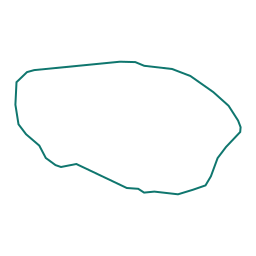 Onou, Federated States of Micronesia
{"feature_id": "79324940B32817940895565", "entity_name": "Onou", "entity_type": "district", "adm_level": 2, "iso_a3": "FSM", "parent_name": "Federated States of Micronesia", "parent_adm1": "", "projection": "robinson", "projection_center": [150.292, 8.798], "detail": "fine", "context": "isolated", "style": "outline", "palette": "teal", "viewbox_px": 256, "rotation_deg": 0, "n_neighbors": 0, "source": "geoboundaries", "source_scale": "gbopen_adm2", "svg_char_len": 499}
<svg xmlns="http://www.w3.org/2000/svg" viewBox="0 0 256 256"><path d="M16.5,82.2L15.4,104.7L18.5,124.3L26.1,134.3L39.3,145.6L45.8,158.0L55.5,165.1L61.0,167.0L76.3,164.0L126.8,188.0L138.2,188.8L144.1,192.6L154.3,191.6L178.0,194.3L192.8,189.8L205.5,185.4L210.9,176.3L217.6,158.1L226.0,147.0L240.2,132.0L240.6,127.2L238.1,120.6L228.6,105.8L213.3,92.1L190.4,76.0L172.1,69.0L144.2,65.8L135.3,62.1L120.0,61.7L87.5,64.9L34.2,70.1L27.0,72.1L16.5,82.2Z" fill="none" stroke="#0f766e" stroke-width="2"/></svg>